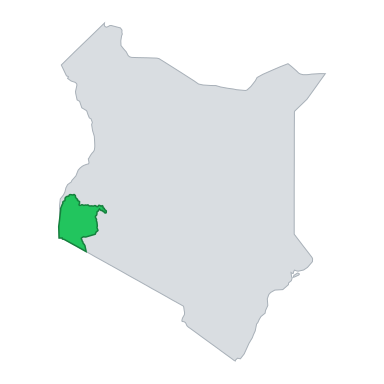 Nyanza on a map of Kenya (Albers equal-area conic projection)
{"feature_id": "KEN-1197", "entity_name": "Nyanza", "entity_type": "Province", "adm_level": 1, "iso_a3": "KEN", "parent_name": "Kenya", "parent_adm1": "", "projection": "albers", "projection_center": [34.762, -0.553], "detail": "fine", "context": "in_parent", "style": "filled", "palette": "green", "viewbox_px": 384, "rotation_deg": 0, "n_neighbors": 0, "source": "natural_earth", "source_scale": "10m", "svg_char_len": 5878}
<svg xmlns="http://www.w3.org/2000/svg" viewBox="0 0 384 384"><path d="M59.0,238.0L58.9,232.3L59.7,217.9L59.6,205.3L60.3,198.9L63.5,194.9L64.9,192.0L65.9,187.9L67.6,184.6L71.3,181.9L71.9,180.4L75.9,175.9L78.2,170.1L80.0,168.1L82.2,166.3L83.8,165.4L86.4,164.4L88.4,163.9L88.8,163.4L89.0,162.5L88.3,158.9L89.2,157.7L90.5,155.3L92.1,153.1L93.5,151.6L94.3,150.2L94.7,147.7L94.8,145.9L94.7,142.9L94.3,136.3L92.6,130.7L91.6,124.5L92.4,122.5L91.0,118.8L90.4,118.6L89.3,117.8L87.9,114.4L86.9,111.3L86.3,110.5L81.8,107.8L79.6,101.3L77.1,99.9L75.7,93.4L75.5,91.6L76.9,85.2L76.7,83.8L75.3,82.4L71.1,81.0L67.6,78.4L68.1,77.5L68.3,76.5L66.5,75.9L61.3,65.0L68.0,58.4L74.8,51.7L83.5,43.3L91.5,35.6L98.3,29.0L104.5,23.0L104.3,24.2L104.4,25.7L105.1,26.6L106.4,27.2L108.1,26.6L109.7,25.6L111.2,25.5L120.4,27.9L122.0,30.1L121.9,32.4L122.3,34.1L121.6,35.8L120.8,40.9L121.0,45.6L123.8,49.1L126.2,51.8L128.2,55.6L129.6,56.8L131.6,57.4L138.0,57.6L147.4,57.8L156.4,58.1L157.2,58.2L159.1,58.7L167.4,63.9L175.0,68.7L181.5,72.8L187.7,76.8L193.8,80.7L198.5,84.0L203.1,85.0L210.7,85.5L215.9,85.6L220.7,87.0L227.9,88.3L233.2,89.0L236.5,89.7L245.4,90.5L246.9,90.1L250.9,86.5L255.4,80.7L257.1,77.5L262.9,74.3L272.9,69.9L280.1,66.8L288.0,63.7L291.5,66.5L296.5,70.9L298.7,73.1L300.4,74.0L303.1,74.7L306.4,74.7L308.2,74.6L311.8,74.1L320.4,73.6L325.3,73.7L321.1,79.5L316.2,86.4L307.0,99.2L300.1,105.9L294.8,111.0L294.4,112.0L294.4,117.7L294.3,131.6L294.3,159.5L294.2,187.5L294.2,215.5L294.2,229.5L294.2,234.2L298.7,240.1L303.1,245.9L309.0,253.5L312.1,257.6L312.6,259.0L312.4,261.7L307.5,267.4L303.6,270.0L298.2,271.2L296.6,270.9L294.5,270.1L293.7,271.5L293.1,273.6L291.9,273.1L291.0,272.5L291.5,276.3L292.1,278.2L291.3,280.7L288.6,282.9L288.4,284.7L282.8,289.6L274.8,290.1L270.6,292.5L268.8,294.5L267.3,298.8L267.8,305.5L265.5,310.6L265.1,313.2L261.0,316.5L259.2,319.5L257.8,322.6L256.6,324.0L255.2,330.9L253.3,335.1L252.8,336.5L252.3,337.8L250.8,340.3L249.8,342.0L249.1,343.1L244.2,353.9L240.4,358.8L237.5,358.2L235.5,360.1L235.3,361.0L234.2,360.5L231.8,358.7L226.7,355.0L221.6,351.3L216.6,347.6L211.5,343.9L206.4,340.2L201.3,336.5L196.3,332.8L191.2,329.1L188.2,327.0L186.9,325.7L185.8,323.2L185.3,322.5L184.0,321.7L182.4,321.5L181.9,321.1L182.0,319.8L182.5,318.1L184.4,314.7L184.6,312.7L184.2,310.5L183.7,306.9L183.2,306.0L179.8,304.1L172.7,300.2L165.7,296.2L158.6,292.2L151.5,288.3L144.5,284.3L137.4,280.3L130.3,276.4L123.3,272.4L116.2,268.4L109.1,264.5L102.0,260.5L94.9,256.6L87.9,252.6L80.8,248.6L73.7,244.7L66.6,240.7L64.0,239.3L61.6,238.0L59.0,238.0ZM294.5,277.0L293.2,277.3L293.9,275.4L297.5,273.0L299.0,273.5L299.3,274.1L299.2,274.6L298.6,275.1L294.5,277.0Z" fill="#d9dde1" stroke="#a8b0b8" stroke-width="1"/><path d="M86.1,251.6L80.8,248.6L73.6,244.6L66.5,240.7L64.0,239.3L62.8,239.2L62.3,238.9L62.2,238.0L61.7,238.0L59.1,238.0L58.9,231.3L58.7,226.7L59.3,222.0L60.1,215.1L60.7,209.8L60.6,208.6L62.2,204.6L62.3,204.4L62.8,203.6L62.9,203.4L62.9,203.2L62.8,202.5L62.8,202.3L62.9,202.1L62.9,201.9L63.0,201.8L63.1,201.7L63.4,201.4L63.8,201.1L64.1,201.0L64.7,200.8L64.8,200.7L65.0,200.3L65.0,200.2L65.0,199.1L65.1,198.4L65.3,197.9L65.3,197.7L66.0,197.0L67.0,196.4L67.5,196.3L68.1,196.3L68.4,196.3L68.6,196.2L68.8,196.0L68.9,195.8L69.2,195.2L69.3,195.1L69.4,194.9L69.6,194.8L69.8,194.7L70.0,194.6L70.4,194.6L70.7,194.6L72.5,194.9L72.9,195.0L73.1,195.0L73.2,194.9L73.5,194.7L73.8,194.6L74.0,194.5L74.5,194.7L75.1,195.3L75.3,195.5L75.4,195.8L75.5,196.4L75.5,197.1L75.5,197.3L75.7,197.6L77.5,199.4L77.6,199.5L77.4,200.2L77.5,200.4L77.8,200.7L78.4,200.9L79.3,201.4L79.5,201.6L79.6,201.9L79.5,202.1L79.5,202.5L79.5,203.5L79.3,203.8L79.2,204.1L79.1,204.3L79.0,204.6L79.1,204.8L79.1,205.0L79.4,205.2L79.6,205.4L79.8,205.4L80.1,205.4L80.5,205.3L81.4,204.9L82.0,204.7L82.9,205.0L83.7,205.3L83.9,205.4L84.2,205.3L85.0,205.1L85.5,205.0L86.2,205.1L86.7,205.2L87.5,205.0L87.7,204.9L87.9,204.9L88.0,205.0L88.3,205.1L88.8,205.6L89.1,205.8L89.4,205.9L89.7,206.0L90.2,206.0L90.8,205.9L91.7,205.9L93.3,206.1L93.5,206.1L93.8,206.0L94.0,205.9L94.4,205.7L94.6,205.6L94.8,205.6L95.0,205.6L95.3,205.6L95.5,205.7L95.8,206.1L96.1,206.2L96.4,206.2L96.7,206.5L96.9,206.6L97.0,206.7L97.4,206.7L97.7,206.5L97.9,206.5L98.0,206.4L98.4,205.8L98.5,205.6L98.7,205.4L98.8,205.4L99.0,205.3L99.6,205.4L100.1,205.6L100.7,206.0L100.8,206.0L101.0,206.1L101.3,206.1L101.5,206.0L101.8,205.8L102.0,205.7L102.1,205.8L102.3,205.8L102.6,205.9L102.8,206.2L102.9,206.3L103.0,206.7L103.1,207.7L103.3,207.8L103.5,208.0L104.2,208.3L104.3,208.4L104.4,208.6L104.4,209.0L104.5,209.4L106.0,210.6L106.2,210.8L106.3,211.0L106.3,211.3L106.3,211.5L106.2,212.6L106.1,212.8L105.7,213.0L105.3,213.0L105.1,212.9L104.9,212.9L104.6,212.7L104.4,212.5L104.3,212.4L104.2,212.2L104.1,211.9L104.0,211.7L103.9,211.6L103.7,211.6L103.3,211.5L103.1,211.5L103.0,211.4L102.9,211.3L102.8,211.1L102.6,210.7L102.4,210.4L102.2,210.4L101.9,210.4L101.6,210.5L101.4,210.6L101.1,210.5L100.9,210.4L100.6,210.1L100.2,209.8L100.1,209.7L99.7,209.1L99.5,208.9L99.3,209.1L99.1,209.4L98.3,210.9L98.0,211.2L97.8,211.3L97.5,211.4L97.4,211.5L97.2,211.6L97.0,211.9L97.0,212.2L96.9,213.7L96.8,214.2L96.8,214.4L96.8,214.6L96.7,214.9L96.5,215.3L96.3,215.4L95.9,215.7L95.8,215.9L95.5,216.3L95.4,216.7L95.5,217.0L95.5,217.4L95.7,217.8L95.8,218.2L95.9,218.3L96.5,219.2L96.5,219.3L96.5,219.5L96.4,220.6L96.4,220.8L96.5,221.3L96.6,221.5L96.8,221.8L96.9,222.0L97.3,225.7L97.2,226.6L97.0,227.2L97.0,227.6L97.1,228.0L97.8,229.8L97.9,230.2L97.9,230.6L97.6,230.9L97.2,231.2L96.8,231.5L96.4,231.9L96.0,232.2L95.6,233.2L95.4,233.8L95.3,234.1L95.0,234.3L94.7,234.4L85.8,237.0L85.5,237.0L84.3,236.9L84.1,236.9L83.8,236.7L83.6,236.7L83.3,236.8L82.6,237.3L82.0,237.6L81.5,238.0L81.4,238.1L81.3,238.3L81.3,238.6L81.3,238.9L81.9,239.9L82.0,240.1L82.0,240.5L82.1,240.8L82.3,241.2L82.8,241.8L83.2,243.4L83.3,243.6L84.1,244.2L84.6,245.1L84.9,245.6L86.1,251.2L86.1,251.6Z" fill="#22c55e" stroke="#15803d" stroke-width="1.5"/></svg>